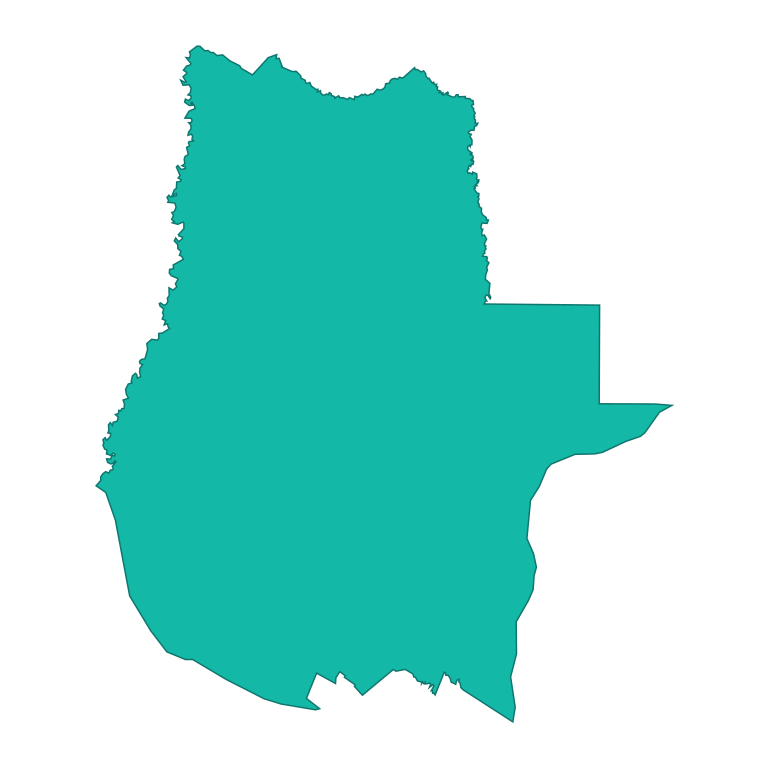 the district of Gualeguaychú, Entre Ríos, Argentina
{"feature_id": "61730980B45570002459681", "entity_name": "Gualeguaychú", "entity_type": "district", "adm_level": 2, "iso_a3": "ARG", "parent_name": "Argentina", "parent_adm1": "Entre Ríos", "projection": "equal_earth", "projection_center": [-58.719, -32.998], "detail": "fine", "context": "isolated", "style": "filled", "palette": "teal", "viewbox_px": 768, "rotation_deg": 0, "n_neighbors": 0, "source": "geoboundaries", "source_scale": "gbopen_adm2", "svg_char_len": 6009}
<svg xmlns="http://www.w3.org/2000/svg" viewBox="0 0 768 768"><path d="M512.8,721.9L515.2,707.3L510.6,676.8L516.5,653.9L516.2,621.8L528.5,600.3L533.1,589.7L534.1,575.6L536.4,567.2L533.5,553.6L526.9,538.5L530.5,500.4L539.3,486.4L546.7,468.9L551.1,464.1L575.1,454.3L594.5,453.9L602.3,452.4L625.8,441.4L640.5,436.3L644.8,432.8L659.5,412.2L671.9,405.4L655.2,404.0L599.2,403.8L599.6,305.1L484.1,304.0L485.5,301.0L486.8,301.0L484.9,297.8L486.1,295.0L488.1,295.5L490.1,298.8L490.8,297.5L488.9,293.3L489.9,283.4L485.4,279.3L485.7,274.7L487.4,270.1L486.7,267.1L488.9,262.8L486.3,260.3L487.4,258.5L486.8,256.7L482.7,256.3L483.3,253.9L484.8,253.4L484.5,250.6L486.1,248.9L485.3,247.3L485.9,246.0L484.7,245.4L484.5,243.3L486.6,239.1L484.3,235.0L482.1,235.6L481.7,232.9L482.7,229.3L481.8,229.6L480.8,227.3L481.9,223.0L487.1,223.4L488.4,220.0L486.5,219.8L486.2,217.5L482.7,214.9L481.3,212.1L481.5,208.3L479.0,206.4L479.2,204.5L477.8,201.9L479.0,198.8L477.7,196.6L478.8,196.2L478.9,193.5L476.9,193.0L474.2,189.0L475.4,188.1L474.1,186.5L477.0,185.7L475.8,184.7L477.6,183.4L477.1,181.1L478.0,182.5L478.7,181.8L478.8,179.8L477.1,180.0L476.3,178.5L477.0,177.3L476.7,173.8L472.7,172.1L472.2,174.3L469.8,172.8L468.1,173.2L467.2,170.8L468.8,168.8L468.1,168.5L469.2,165.5L470.7,166.5L471.4,164.2L473.0,164.4L473.7,161.6L472.9,160.0L471.9,161.1L470.8,160.0L473.2,158.0L472.7,155.6L471.6,155.4L471.9,153.1L470.4,153.9L471.1,152.2L467.7,149.7L467.7,146.3L469.2,145.3L470.2,146.7L470.4,145.1L471.9,144.7L472.0,139.9L470.0,136.6L471.3,134.3L468.7,133.4L468.2,132.2L470.9,130.1L473.9,130.4L474.6,126.2L476.6,125.7L477.8,123.2L475.1,123.4L475.5,120.0L474.3,118.7L474.7,116.2L473.9,115.5L475.2,113.1L473.5,110.4L473.7,108.6L471.7,106.5L471.7,105.1L473.5,104.7L473.0,100.5L471.4,100.4L469.8,98.6L465.4,98.4L465.3,96.5L458.4,96.8L458.0,94.7L456.3,94.7L454.8,97.0L452.7,97.1L447.1,94.7L448.4,93.4L447.7,92.1L443.2,95.1L442.9,92.8L441.7,93.9L441.4,92.3L439.3,92.6L440.3,91.0L437.9,90.3L437.0,88.3L437.7,87.0L436.1,86.4L436.7,84.3L434.4,84.4L433.6,82.2L432.3,83.2L429.0,78.2L428.0,78.7L425.6,75.7L425.8,73.9L423.7,70.9L421.0,71.9L417.3,69.5L415.2,69.6L414.6,67.6L402.8,78.1L399.4,77.2L397.4,79.4L395.0,78.3L392.2,79.0L390.4,80.4L389.4,83.1L385.7,83.7L384.9,87.4L382.4,89.4L379.8,90.2L377.2,89.2L372.7,94.3L370.9,93.9L367.7,95.7L365.0,94.1L363.1,95.4L361.9,94.4L357.8,97.0L354.8,96.3L354.3,99.7L349.3,97.6L347.6,99.5L343.3,97.7L340.2,97.9L338.6,95.8L334.9,98.2L334.7,96.7L331.4,95.4L331.2,93.7L329.3,92.6L328.3,94.8L326.7,94.0L323.4,95.4L320.6,93.0L320.5,90.7L317.3,92.0L318.0,89.3L316.3,89.6L311.4,86.2L309.8,82.5L307.0,83.5L305.7,82.7L305.2,80.3L301.1,78.2L300.7,75.9L296.3,71.4L292.0,71.5L281.5,66.9L282.1,66.3L279.1,58.3L276.0,58.6L276.7,54.6L268.2,57.7L252.5,74.9L241.4,68.5L239.6,65.7L229.8,60.8L222.6,54.9L216.8,55.5L213.3,52.5L211.1,52.7L207.9,50.5L204.9,50.9L200.0,46.3L197.1,46.1L189.4,51.9L190.4,54.4L189.7,58.0L186.1,57.6L190.8,63.3L190.6,64.8L186.7,66.0L183.4,70.2L186.7,72.4L186.3,73.9L183.0,76.7L186.2,81.8L184.9,82.3L180.7,80.2L183.1,85.3L189.1,84.7L191.1,88.3L190.3,92.7L188.0,94.9L191.0,95.8L191.2,98.1L188.5,100.6L185.4,99.1L184.6,102.1L189.3,105.5L192.2,105.3L190.8,102.9L191.9,102.1L194.6,106.0L195.1,108.5L189.0,111.2L184.9,118.1L190.9,118.3L192.1,120.2L191.2,122.6L188.7,122.7L190.8,125.1L191.1,128.6L188.5,132.4L188.0,135.3L191.5,134.2L192.6,136.1L192.0,139.3L193.5,140.9L189.1,141.6L188.4,142.9L189.6,145.7L186.6,147.4L188.3,154.6L185.1,156.4L184.2,159.2L184.8,163.8L181.9,165.7L185.2,167.0L185.4,168.5L181.1,169.5L177.8,165.5L176.4,167.0L180.1,175.6L178.1,178.0L181.1,179.7L180.5,181.4L176.7,182.0L176.4,188.4L174.3,189.8L172.2,195.3L176.4,193.4L176.6,195.5L170.7,197.1L168.9,195.2L167.0,197.4L168.6,200.5L167.8,202.3L174.8,203.0L176.1,207.2L174.3,211.6L171.8,212.5L173.5,215.8L171.6,219.3L174.3,221.6L172.3,222.8L177.8,224.3L183.0,222.1L183.9,223.4L183.9,228.7L178.4,234.6L178.9,235.9L182.4,237.2L182.6,238.5L178.6,241.7L175.7,238.0L174.3,240.9L177.8,244.7L177.8,248.6L181.0,251.5L179.4,255.2L181.8,256.4L183.3,259.3L173.2,265.0L173.6,268.7L169.6,269.4L169.3,273.1L171.3,275.7L177.7,278.5L178.0,279.4L175.4,283.8L176.8,287.0L173.0,290.1L169.0,287.8L169.2,295.5L167.3,298.4L167.9,301.0L166.8,303.8L164.0,305.4L160.5,302.9L159.3,303.6L160.1,306.1L163.8,309.1L162.5,312.9L163.8,315.1L162.2,319.0L165.7,320.6L164.1,324.9L167.6,323.9L168.1,326.8L169.7,328.4L162.4,333.0L158.8,333.4L158.8,338.3L157.3,340.2L151.7,339.3L146.8,343.6L147.6,349.7L144.9,358.9L141.4,359.4L139.5,361.4L140.0,363.5L142.6,364.6L140.0,368.0L139.6,372.1L140.6,376.6L137.4,378.2L136.7,374.5L135.4,373.3L132.4,376.0L131.2,381.4L132.0,383.0L128.3,384.0L125.6,389.3L126.4,394.4L128.5,398.2L123.1,400.0L124.4,403.8L124.2,408.5L121.8,408.6L120.8,410.9L118.8,410.3L118.3,413.7L115.4,414.5L118.3,417.3L117.1,421.3L113.2,422.2L112.4,425.5L110.3,422.6L108.5,424.8L108.8,430.7L107.9,433.0L110.7,433.3L110.3,436.6L107.1,439.9L106.4,440.2L105.2,437.7L102.9,439.7L103.8,443.0L103.0,445.2L104.6,449.0L107.0,450.2L106.5,454.0L110.7,455.3L113.3,453.1L115.0,454.3L114.6,456.0L112.6,455.5L111.3,456.7L110.8,459.2L106.6,458.8L107.6,462.4L110.9,464.0L113.5,463.0L114.9,460.8L115.9,461.9L112.3,466.3L113.2,468.6L112.8,469.7L110.4,470.1L108.9,473.0L105.6,471.7L102.9,473.7L100.7,476.9L100.8,480.4L96.1,485.8L105.8,492.5L115.4,520.1L129.7,596.0L150.9,631.0L166.9,651.9L185.3,659.5L192.6,659.5L226.5,679.6L264.2,698.8L281.4,704.1L315.6,709.8L319.6,708.7L306.4,698.4L316.6,673.1L335.5,683.5L335.9,677.7L339.8,671.6L345.4,675.9L344.4,677.3L355.3,684.9L354.4,686.4L362.4,695.2L393.3,669.5L396.0,671.2L405.2,669.4L412.9,673.9L413.8,677.0L415.4,677.1L417.5,681.0L421.7,682.0L421.6,683.6L422.7,681.9L423.9,683.6L424.9,682.3L425.2,684.0L429.9,683.2L430.7,684.1L429.4,687.4L433.0,684.5L433.9,685.9L431.2,690.9L432.6,690.8L432.6,693.2L434.1,693.3L435.1,694.9L444.3,672.2L445.3,672.5L445.9,675.3L448.1,675.3L450.2,678.3L451.1,682.0L455.7,684.3L456.7,680.4L458.9,679.2L458.8,681.9L460.1,682.8L460.9,687.6L463.4,690.0L512.8,721.9Z" fill="#14b8a6" stroke="#0f766e" stroke-width="1.5"/></svg>